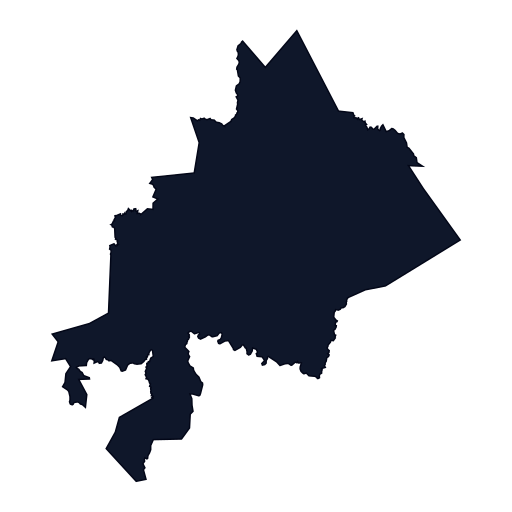 outline of Batopilas, Chihuahua, Mexico
{"feature_id": "50627088B93587914067010", "entity_name": "Batopilas", "entity_type": "district", "adm_level": 2, "iso_a3": "MEX", "parent_name": "Mexico", "parent_adm1": "Chihuahua", "projection": "mercator", "projection_center": [-107.773, 26.928], "detail": "fine", "context": "isolated", "style": "filled", "palette": "ink", "viewbox_px": 512, "rotation_deg": 0, "n_neighbors": 0, "source": "geoboundaries", "source_scale": "gbopen_adm2", "svg_char_len": 6042}
<svg xmlns="http://www.w3.org/2000/svg" viewBox="0 0 512 512"><path d="M52.2,334.1L58.2,341.8L51.8,360.8L65.6,358.6L70.6,366.6L65.9,373.7L65.0,382.5L62.6,386.7L67.6,390.0L68.8,391.5L70.0,396.7L70.0,400.2L69.5,401.7L70.0,403.3L70.4,404.1L72.2,404.8L73.1,404.3L74.0,402.5L77.5,401.9L79.2,402.6L80.4,404.0L82.4,404.6L85.4,407.3L86.8,394.6L78.7,379.4L89.5,379.0L89.3,377.7L83.7,375.6L82.1,372.5L80.2,371.4L78.6,369.1L77.1,368.6L76.3,367.4L79.0,365.9L86.3,365.5L86.6,362.6L88.4,359.4L89.3,358.7L91.4,358.7L93.2,359.8L93.1,359.0L93.8,359.0L94.3,361.0L94.1,363.1L97.4,361.6L99.1,362.4L99.3,363.3L101.4,363.0L102.8,360.3L103.2,357.9L104.3,357.0L105.4,357.8L106.3,359.4L108.1,359.9L108.9,360.8L111.2,360.5L117.5,365.0L119.8,367.4L121.2,370.9L122.3,371.2L125.5,370.0L127.6,365.1L129.9,363.3L133.1,362.9L134.2,363.7L137.0,364.2L141.2,363.7L143.9,361.4L144.9,359.8L146.5,359.2L146.3,357.5L146.8,357.4L146.6,356.7L147.4,356.6L147.9,354.5L148.8,354.6L148.9,352.8L150.6,350.0L151.5,349.7L152.5,350.5L153.3,356.5L150.7,358.2L149.5,361.8L148.4,361.6L147.7,363.2L146.8,363.4L147.0,366.6L146.0,367.1L146.7,368.4L145.3,371.4L146.0,373.2L145.2,374.7L146.6,377.3L146.0,378.7L147.9,379.2L148.9,380.6L149.6,383.1L150.5,383.9L149.6,386.3L151.0,387.2L150.6,388.7L151.0,390.6L150.7,391.5L151.0,393.4L152.0,393.9L151.3,395.7L152.8,396.0L153.3,396.7L151.9,397.6L152.8,398.3L119.4,417.4L115.3,432.2L106.2,448.6L136.2,481.3L146.0,479.3L143.4,469.7L144.9,467.8L142.9,463.7L144.6,461.3L144.3,459.1L144.8,457.8L146.9,458.9L147.6,458.4L147.9,455.7L149.5,452.9L150.7,449.7L150.7,445.5L153.3,439.6L181.5,439.0L189.5,428.0L190.2,414.2L193.0,411.3L192.0,405.2L191.8,398.7L189.9,393.9L192.6,394.0L198.9,395.8L199.8,395.3L200.5,393.5L202.7,384.8L202.5,383.0L200.8,381.7L198.9,377.1L196.0,374.3L194.5,371.9L193.6,370.2L193.3,368.0L189.9,365.9L188.0,362.4L187.7,360.9L189.6,356.6L188.5,354.9L188.2,353.3L188.9,351.5L184.7,347.2L185.4,344.6L186.8,343.6L186.7,342.3L187.3,341.8L187.5,340.0L188.4,339.4L189.4,337.1L188.7,336.6L189.3,335.8L188.9,335.2L189.2,334.6L187.9,333.1L189.6,331.5L191.3,331.2L194.5,333.8L198.4,332.5L199.3,332.7L199.5,334.5L198.4,334.9L197.8,336.5L198.6,338.1L200.5,339.1L205.3,336.9L207.8,335.0L209.5,334.9L211.9,336.7L212.7,336.8L217.1,335.7L219.3,332.9L221.4,332.6L222.2,334.2L221.3,337.9L220.2,339.5L218.1,340.3L217.8,341.2L218.6,343.4L219.9,343.8L225.0,341.0L228.5,340.6L233.3,348.4L233.5,349.6L234.9,350.4L240.4,347.3L242.2,345.0L243.3,344.7L245.4,348.0L246.2,348.1L247.1,351.8L247.0,353.7L248.7,355.0L250.4,354.2L252.2,351.0L252.6,348.0L256.3,349.3L257.4,351.6L257.2,353.1L256.3,353.6L257.1,356.3L262.1,356.8L264.2,359.9L264.3,360.9L261.8,363.5L262.4,365.1L264.7,364.6L266.1,363.2L266.2,360.5L267.5,358.5L267.4,357.1L268.3,356.4L276.7,361.9L280.0,365.5L284.9,363.8L287.5,363.5L288.8,363.7L291.1,365.3L291.9,365.1L295.3,362.1L297.0,362.8L297.6,361.5L298.9,363.1L300.1,362.7L301.4,363.0L300.2,366.9L300.1,368.9L301.0,371.3L302.8,373.1L303.9,373.8L306.3,373.0L309.0,375.8L314.9,376.3L316.7,377.3L317.4,378.5L318.5,378.4L319.5,377.7L319.3,375.8L319.8,374.2L321.6,373.2L321.7,370.4L322.2,369.9L321.6,368.5L325.3,367.4L324.4,365.7L325.2,364.3L325.1,362.9L326.2,361.2L326.8,357.6L328.4,356.6L329.0,355.4L329.1,354.8L327.6,353.7L328.9,352.6L329.2,350.6L327.8,349.4L327.1,347.8L327.9,346.4L328.1,345.0L330.4,342.2L331.0,340.3L333.3,340.7L335.3,337.9L334.9,337.3L335.7,335.2L334.5,334.7L333.5,330.3L334.9,329.4L336.1,327.1L336.3,325.7L335.2,325.5L335.5,322.3L336.9,321.7L337.3,320.9L336.0,320.1L333.7,317.2L334.2,312.3L335.2,311.1L335.6,309.6L338.5,310.1L340.3,309.2L341.2,307.8L343.1,307.7L344.9,306.6L346.4,304.0L346.2,302.1L346.7,301.4L346.6,299.7L347.6,298.4L347.5,297.8L365.3,289.8L385.4,285.9L460.2,240.0L423.3,188.6L408.4,165.6L422.5,166.2L417.0,162.6L416.3,157.7L413.7,155.7L413.5,154.0L408.9,148.2L407.1,147.3L406.5,142.9L403.8,137.5L403.9,134.5L402.4,133.0L400.0,134.0L397.6,133.4L395.1,130.4L393.2,128.9L391.8,128.5L389.1,130.7L386.2,131.6L382.9,124.8L381.6,126.1L380.3,128.6L380.3,130.1L379.6,130.6L377.6,129.1L377.8,126.2L377.1,126.2L374.0,129.3L372.9,129.1L371.3,127.3L370.1,127.1L369.2,128.7L367.7,129.8L366.9,127.3L365.3,124.9L365.4,124.4L366.4,124.3L365.3,122.9L364.9,121.2L364.2,121.8L362.3,120.8L361.7,119.6L362.0,118.7L359.3,119.6L358.6,117.8L358.2,117.7L357.4,119.2L356.1,117.8L353.9,117.8L353.9,116.4L354.6,115.9L353.8,115.2L352.9,112.7L338.5,111.1L296.8,30.7L265.3,67.4L242.6,41.1L241.5,42.1L241.0,43.5L238.1,45.8L236.9,49.7L237.5,51.5L238.1,51.9L238.4,54.3L238.0,56.3L236.9,58.5L238.8,60.5L239.3,62.3L238.8,64.2L237.0,67.1L236.7,69.2L237.4,69.8L238.4,76.0L240.2,77.8L240.2,80.2L240.1,81.8L239.1,83.9L236.4,85.9L235.4,90.2L236.3,92.9L237.5,94.4L237.8,95.9L236.2,96.8L238.0,100.2L237.4,102.9L237.7,104.0L236.5,109.0L237.8,110.7L237.8,112.0L236.9,113.0L236.8,114.1L235.5,115.1L235.5,116.2L233.9,118.1L231.7,119.5L230.9,121.4L224.7,125.6L224.7,126.4L222.5,125.2L221.7,123.9L219.2,122.7L216.2,122.2L214.2,120.1L211.0,119.8L210.1,118.5L207.0,119.7L205.3,119.2L204.2,118.2L201.9,119.0L200.5,118.5L199.7,120.3L198.6,119.8L197.4,120.8L193.3,118.0L190.7,117.6L199.2,142.6L194.2,173.0L151.7,177.4L152.7,179.5L149.8,183.4L152.5,184.2L153.5,185.3L154.1,187.2L156.2,189.2L152.9,196.9L157.9,199.0L153.1,203.2L153.0,209.4L147.4,208.8L140.8,214.6L140.7,214.0L139.0,213.2L137.2,213.5L137.8,210.7L136.4,211.3L135.6,211.0L135.9,209.2L135.7,208.7L134.1,208.9L134.2,209.6L133.7,209.6L132.8,211.3L131.7,210.5L131.5,211.1L131.2,210.5L130.7,210.8L128.4,208.6L127.7,210.5L126.6,211.4L125.8,214.1L124.5,213.9L124.5,213.4L124.0,214.1L122.8,214.1L123.1,215.0L122.3,215.7L120.8,215.5L120.4,213.9L115.5,216.0L114.8,215.2L115.4,217.6L114.1,219.7L114.5,220.8L113.5,221.0L112.1,224.0L111.1,224.6L111.7,224.8L112.4,226.9L114.1,227.3L114.7,228.8L115.1,237.3L115.9,238.4L115.5,239.2L117.5,240.3L117.6,241.3L117.2,241.6L117.8,243.1L117.3,244.3L117.8,244.6L116.9,244.8L117.2,245.6L116.0,246.2L114.0,243.8L109.8,245.6L110.1,246.9L109.6,249.1L111.1,250.2L111.1,252.3L110.5,254.1L110.9,255.4L108.5,313.1L89.5,323.5L52.2,334.1Z" fill="#0f172a" stroke="#020617" stroke-width="1.5"/></svg>